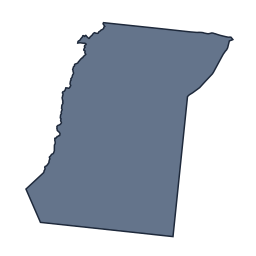 outline of Angaco, San Juan, Argentina, rotated 186°
{"feature_id": "61730980B81698180684339", "entity_name": "Angaco", "entity_type": "district", "adm_level": 2, "iso_a3": "ARG", "parent_name": "Argentina", "parent_adm1": "San Juan", "projection": "equal_earth", "projection_center": [-68.042, -31.197], "detail": "fine", "context": "isolated", "style": "filled", "palette": "slate", "viewbox_px": 256, "rotation_deg": 186, "n_neighbors": 0, "source": "geoboundaries", "source_scale": "gbopen_adm2", "svg_char_len": 5723}
<svg xmlns="http://www.w3.org/2000/svg" viewBox="0 0 256 256"><g transform="rotate(186 128 128)"><path d="M35.3,229.0L36.0,229.1L36.3,229.0L36.8,228.9L37.5,228.8L39.0,228.9L40.9,229.1L42.4,229.3L46.1,229.8L48.7,230.3L50.0,230.6L50.4,230.7L51.4,230.9L51.8,230.9L53.0,231.2L54.5,231.3L54.7,231.2L54.9,231.2L56.4,230.6L57.7,230.2L58.1,230.1L59.0,230.1L60.2,230.2L61.1,230.3L61.5,230.3L63.2,230.6L63.4,230.7L65.5,230.7L68.0,230.5L68.1,230.4L69.0,230.3L69.3,230.3L70.4,230.2L71.3,230.2L75.8,230.1L80.0,230.1L104.7,230.2L163.4,230.2L163.7,229.0L161.7,226.6L162.5,225.9L162.7,224.4L163.8,223.3L165.0,222.6L166.0,221.4L167.0,220.7L167.5,219.5L167.7,219.1L168.4,218.9L169.8,218.9L170.4,219.1L170.8,219.2L171.2,219.3L171.6,219.0L172.1,218.7L172.6,218.0L172.9,217.6L173.2,216.9L173.6,216.4L174.1,215.8L174.6,215.3L175.0,214.8L175.4,214.3L175.7,213.4L176.0,213.1L176.3,213.0L176.6,213.1L177.1,213.5L177.4,213.8L177.9,214.0L178.3,214.5L178.7,214.8L179.0,215.1L179.3,215.5L179.6,215.7L179.8,215.7L180.2,215.4L180.4,215.1L180.5,214.7L180.8,214.5L181.0,214.6L181.2,214.9L181.4,215.0L181.7,215.1L182.2,215.2L182.5,215.1L182.7,214.6L182.8,214.2L182.9,213.7L183.0,213.5L183.6,212.8L184.1,212.1L184.5,211.3L185.0,210.5L185.1,210.2L186.4,209.3L186.8,208.7L186.8,208.3L186.8,207.8L186.9,207.6L186.9,207.2L184.5,207.8L183.5,207.7L182.2,207.7L181.5,207.6L180.5,207.8L179.8,207.8L178.8,207.4L178.5,207.1L178.4,206.8L178.4,206.7L178.5,206.5L179.4,205.9L179.7,205.5L179.8,205.1L179.8,204.7L179.8,204.4L179.5,204.3L179.4,204.2L179.2,204.0L179.2,203.6L179.6,203.2L179.9,202.4L180.2,201.2L180.1,200.8L179.9,200.7L179.6,200.4L179.2,200.4L178.7,200.0L178.7,199.8L178.7,199.4L178.8,199.0L178.8,198.5L178.7,198.2L178.5,197.9L178.4,197.7L178.1,197.4L177.8,197.1L177.7,196.8L178.4,196.0L178.9,195.4L179.8,194.5L179.9,194.2L180.1,194.0L180.2,193.6L180.2,193.4L180.8,192.9L181.0,192.7L181.3,192.7L181.5,192.3L181.9,192.0L182.4,191.2L182.7,190.9L183.0,190.3L183.4,189.7L183.5,189.5L184.0,189.0L184.2,188.7L184.6,187.6L185.2,187.1L185.7,186.8L186.9,186.2L187.0,186.2L187.6,185.8L187.8,185.3L187.8,185.1L187.7,184.2L187.8,183.9L188.2,183.6L188.5,183.2L188.7,182.9L188.7,182.7L188.8,181.9L188.8,181.5L189.0,181.1L189.1,180.8L189.2,180.4L189.0,180.0L188.8,179.6L188.7,179.4L188.6,179.1L188.6,178.9L188.6,178.7L188.5,178.3L188.2,177.9L188.1,177.7L188.1,177.4L188.0,177.2L187.9,176.9L187.9,176.5L188.0,176.1L188.5,175.3L188.6,175.0L188.7,174.5L188.9,173.8L188.9,173.2L188.9,172.9L188.9,172.7L189.2,172.2L189.6,171.6L190.0,170.8L189.9,170.6L189.9,170.4L189.7,170.1L189.6,169.7L189.8,169.3L190.0,169.1L190.1,168.9L190.2,168.5L190.2,168.1L190.2,167.4L190.3,166.8L190.3,166.1L190.2,165.6L190.1,165.4L190.0,165.2L189.9,165.1L189.5,164.6L189.4,164.1L189.5,164.0L189.6,163.7L189.8,163.4L190.0,162.8L190.1,162.4L190.3,162.1L190.5,161.8L190.9,161.5L191.0,161.4L191.4,161.3L191.6,161.3L191.8,161.4L192.2,161.5L192.7,161.5L193.1,161.4L193.4,161.5L193.8,161.5L194.1,161.4L194.1,161.2L194.2,160.5L194.4,159.7L194.6,159.0L194.7,158.7L195.0,158.3L195.2,158.0L195.4,157.8L195.6,157.6L195.9,157.6L196.3,157.4L196.5,157.3L196.8,156.6L196.9,156.4L196.9,156.0L196.6,155.8L196.3,155.3L196.2,154.7L196.2,154.4L196.2,153.9L196.4,153.4L196.4,153.1L196.4,152.3L196.4,152.1L196.6,151.8L196.7,151.6L196.7,151.4L196.4,150.1L196.2,149.6L196.0,149.1L196.0,148.9L195.9,148.6L195.5,148.1L195.5,147.6L195.7,147.2L195.7,146.9L195.6,146.6L195.5,146.4L195.3,146.2L195.3,145.7L195.4,145.4L196.1,143.9L196.2,143.5L196.2,142.7L196.1,141.3L196.2,140.9L196.2,140.7L195.8,140.1L195.5,139.6L195.4,139.3L195.6,138.8L195.8,138.1L196.0,137.5L196.1,136.8L196.1,136.5L196.1,136.3L195.7,135.5L195.8,135.3L195.9,135.0L196.1,134.5L196.3,134.2L196.4,133.8L196.4,132.9L196.4,131.6L196.4,131.0L196.3,130.9L196.1,130.6L195.8,130.5L195.7,130.3L195.6,130.0L195.7,129.3L195.7,129.0L195.8,128.5L195.6,128.0L195.5,127.6L195.3,127.4L195.0,126.9L194.8,126.6L194.8,126.3L195.0,125.6L195.1,125.4L195.4,125.1L195.6,124.8L195.7,124.5L196.1,124.3L197.1,123.6L197.9,123.3L198.6,122.5L198.7,122.3L198.9,121.9L198.8,121.6L198.7,121.1L198.6,120.7L198.7,120.0L198.6,119.8L198.4,119.6L198.2,118.5L198.0,118.1L197.8,117.9L196.9,117.3L196.1,116.7L195.9,116.4L195.5,116.0L195.1,115.6L195.0,115.2L195.0,114.8L195.1,113.8L195.2,113.5L195.3,113.3L195.6,113.2L195.8,113.2L196.0,113.2L196.2,112.9L196.5,112.6L196.8,112.4L197.3,112.2L197.6,112.1L197.6,111.9L197.8,111.4L198.0,111.3L198.2,111.2L198.5,110.7L198.7,110.3L199.0,110.3L199.4,110.3L199.7,110.1L199.7,109.7L199.6,109.2L199.5,108.9L199.5,108.6L199.5,108.3L199.5,108.0L199.4,107.6L199.1,107.0L198.9,106.2L198.9,105.7L198.8,105.4L198.8,105.1L198.9,104.8L199.0,104.4L199.1,104.0L199.3,103.6L199.4,103.4L199.4,103.2L199.3,101.9L199.2,101.2L199.2,100.6L199.1,100.3L199.1,100.0L199.1,99.6L199.0,98.9L199.0,98.7L198.8,98.2L198.9,97.8L199.0,97.4L199.0,96.9L199.1,96.6L199.2,96.3L199.3,95.8L199.4,95.5L199.5,95.2L200.1,94.4L200.5,94.3L201.2,93.8L201.5,93.4L201.8,92.7L202.1,92.2L202.5,91.6L203.1,91.0L203.1,90.8L203.1,90.5L203.0,90.1L202.8,89.9L202.6,89.5L202.5,89.3L202.5,88.9L202.6,88.6L202.9,88.0L202.9,87.8L203.1,86.3L203.0,85.8L203.0,85.6L203.1,85.2L203.4,84.6L203.7,84.1L204.1,83.4L204.4,82.9L205.0,82.0L205.3,81.8L205.5,81.6L205.8,81.4L206.4,81.1L206.5,80.8L206.7,80.4L206.7,80.1L206.5,79.6L206.3,79.2L206.3,78.9L206.3,78.6L206.3,78.3L206.4,78.0L206.5,77.7L206.8,77.0L207.0,76.6L207.0,76.4L207.0,76.1L207.0,75.9L207.0,75.6L207.4,74.6L223.1,56.6L205.2,25.0L71.9,24.7L72.1,165.5L70.4,167.5L67.5,169.7L61.0,175.6L56.0,182.4L49.7,190.7L48.8,192.5L42.3,208.3L40.9,211.6L40.0,213.1L39.7,213.7L39.0,215.0L38.9,215.0L38.1,216.1L37.9,216.6L37.3,218.1L36.3,225.2L33.4,226.6L33.0,226.8L32.9,226.9L33.0,227.0L34.8,228.8L35.0,229.0L35.3,229.0Z" fill="#64748b" stroke="#1e293b" stroke-width="1.5"/></g></svg>